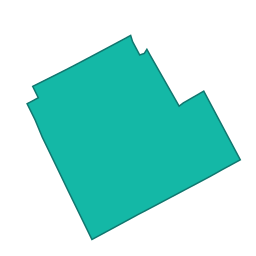 the district of Steuben, New York, United States of America, rotated 332°
{"feature_id": "52423323B60397494558599", "entity_name": "Steuben", "entity_type": "district", "adm_level": 2, "iso_a3": "USA", "parent_name": "United States of America", "parent_adm1": "New York", "projection": "equal_earth", "projection_center": [-77.339, 42.29], "detail": "fine", "context": "isolated", "style": "filled", "palette": "teal", "viewbox_px": 256, "rotation_deg": 332, "n_neighbors": 0, "source": "geoboundaries", "source_scale": "gbopen_adm2", "svg_char_len": 516}
<svg xmlns="http://www.w3.org/2000/svg" viewBox="0 0 256 256"><g transform="rotate(332 128 128)"><path d="M73.8,209.3L96.3,209.1L106.8,209.2L178.1,209.3L191.2,209.0L203.2,208.9L203.3,208.9L212.2,208.8L212.2,153.2L212.2,131.0L188.7,131.8L183.4,132.7L181.7,73.5L181.6,67.4L177.4,69.8L172.6,69.0L172.6,53.9L173.8,47.5L152.6,47.6L126.2,47.6L107.1,47.5L99.5,47.4L63.4,46.5L63.0,59.2L50.3,59.2L49.8,77.0L48.0,95.9L46.7,130.2L45.7,155.2L43.8,209.5L73.8,209.3Z" fill="#14b8a6" stroke="#0f766e" stroke-width="1.5"/></g></svg>